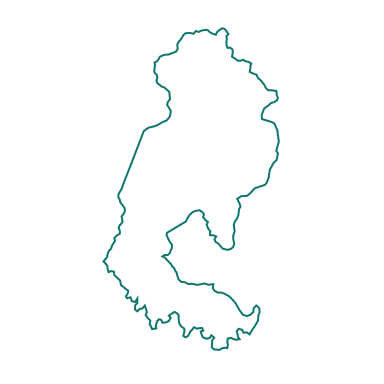 Cumari, Goiás, Brazil, rotated 264°
{"feature_id": "56859067B19159308765425", "entity_name": "Cumari", "entity_type": "district", "adm_level": 2, "iso_a3": "BRA", "parent_name": "Brazil", "parent_adm1": "Goiás", "projection": "mercator", "projection_center": [-48.176, -18.317], "detail": "fine", "context": "isolated", "style": "outline", "palette": "teal", "viewbox_px": 384, "rotation_deg": 264, "n_neighbors": 0, "source": "geoboundaries", "source_scale": "gbopen_adm2", "svg_char_len": 4046}
<svg xmlns="http://www.w3.org/2000/svg" viewBox="0 0 384 384"><g transform="rotate(264 192 192)"><path d="M98.1,203.6L98.0,198.7L99.7,195.0L99.4,191.3L99.0,188.0L99.8,185.3L100.7,182.4L100.8,178.8L103.1,175.3L103.8,171.8L106.4,169.5L110.8,168.6L113.4,168.3L115.5,167.1L118.1,166.3L120.4,164.4L122.6,163.5L124.9,161.7L126.8,160.2L129.6,158.1L131.0,155.9L132.2,158.1L131.8,161.2L133.9,163.8L136.0,164.6L137.9,165.9L141.4,166.6L145.2,164.5L148.8,163.2L151.8,162.2L154.0,162.8L163.3,182.8L166.9,185.1L169.9,187.7L171.8,190.4L172.8,193.2L173.1,197.7L170.8,200.2L168.6,201.6L165.9,200.4L162.5,202.5L160.6,204.7L158.0,203.2L154.1,204.2L151.2,206.0L147.2,205.4L146.6,209.0L145.2,211.4L142.7,209.4L140.0,210.2L138.5,212.2L136.3,213.9L132.4,216.7L130.7,221.5L131.5,225.1L132.9,227.0L135.9,228.6L141.2,228.1L144.1,228.4L148.4,230.3L154.9,230.1L158.2,231.6L161.0,234.1L164.5,235.8L170.0,237.0L172.4,238.7L175.6,238.1L180.3,236.2L182.7,240.4L182.4,246.4L185.0,250.2L187.4,252.7L189.2,255.0L191.5,265.4L193.6,267.4L198.5,269.8L206.0,271.7L212.6,276.3L215.0,279.5L221.3,281.5L224.2,280.1L230.8,282.7L233.0,283.6L244.5,283.3L251.5,281.1L253.1,278.9L257.2,269.3L261.5,269.4L267.5,272.5L270.4,277.6L272.3,280.0L272.7,282.7L274.1,285.9L276.4,287.3L279.8,286.4L283.6,286.5L284.8,282.1L285.2,278.3L288.2,276.1L291.1,275.0L294.7,272.8L296.7,271.4L298.1,269.7L301.9,268.4L304.0,264.2L305.5,261.9L308.2,262.9L311.5,263.3L313.6,264.4L315.5,261.9L316.5,258.6L318.2,256.8L317.4,253.7L318.0,251.0L320.2,248.8L322.4,245.9L325.9,247.0L329.4,247.3L331.6,245.0L331.6,242.4L333.8,241.8L337.6,241.8L340.5,242.7L343.2,242.4L345.2,244.7L348.5,243.0L350.7,241.6L351.7,239.3L350.1,236.0L348.3,233.5L345.9,232.2L347.2,229.1L349.0,226.5L351.4,224.5L351.9,222.2L351.6,218.6L350.5,215.4L351.7,212.8L349.2,210.0L350.3,206.9L350.6,202.2L348.7,199.5L346.6,198.3L344.3,196.2L342.6,194.3L340.0,192.7L336.0,192.8L333.2,190.7L332.2,186.8L331.1,182.8L331.4,180.4L331.0,177.5L329.9,174.3L327.7,172.7L325.6,171.0L324.7,168.3L321.9,168.6L319.4,167.8L316.7,167.1L314.4,167.4L312.0,169.2L309.1,169.5L306.5,168.2L303.6,169.1L301.9,171.1L300.2,172.6L298.8,175.5L293.9,179.9L286.6,179.8L283.6,177.1L281.4,176.4L278.9,177.5L275.3,179.3L271.2,178.6L268.6,177.3L265.7,174.0L264.7,170.3L262.3,164.9L261.4,162.1L260.9,158.9L260.6,155.8L259.4,153.3L257.6,150.4L224.6,133.6L210.9,126.4L202.4,122.3L197.7,118.8L194.7,118.1L192.4,119.3L189.3,119.6L183.1,123.3L180.2,123.3L178.0,122.2L175.1,119.4L172.4,119.7L169.4,119.8L167.8,118.3L166.4,116.5L163.9,115.3L161.3,116.1L158.1,115.9L156.4,112.4L154.2,109.9L151.3,110.3L149.4,108.6L146.7,106.7L144.1,105.6L142.2,103.2L139.2,101.7L135.8,100.5L133.8,98.4L132.2,96.7L130.4,98.2L127.6,100.0L123.8,100.1L121.0,100.6L121.8,102.7L121.0,106.0L117.5,106.1L115.3,108.0L113.2,109.8L111.4,111.3L106.8,111.6L105.2,113.5L102.7,115.8L100.4,118.3L97.7,117.4L95.2,115.4L93.1,116.3L93.7,119.9L89.7,120.8L88.6,124.0L91.7,126.5L87.3,126.0L85.2,123.6L81.0,123.1L79.0,125.3L81.3,127.8L81.2,130.4L84.0,133.2L79.9,134.1L77.3,134.6L74.4,133.0L71.0,135.0L68.6,137.1L64.8,136.1L62.3,137.3L59.8,138.0L60.1,142.2L62.4,141.9L65.0,142.9L67.3,143.9L68.9,145.8L67.9,148.1L65.1,149.0L65.0,152.0L66.1,155.5L69.1,157.6L71.3,156.0L73.0,158.9L74.6,162.1L72.5,164.9L70.2,165.9L67.9,165.5L65.3,165.5L62.3,165.7L59.1,167.5L57.0,170.0L54.2,170.0L49.9,168.3L48.1,170.3L49.3,173.0L51.2,174.4L53.3,175.6L55.4,178.1L57.3,179.9L55.5,182.7L55.9,185.4L55.6,187.9L52.9,188.7L52.4,186.1L49.5,186.6L46.3,187.7L44.5,191.2L45.1,194.6L47.5,196.2L44.9,198.9L42.5,196.6L38.8,196.1L35.8,195.4L33.3,197.0L32.6,200.3L32.1,202.9L33.3,205.2L33.8,207.9L33.1,210.7L36.7,211.8L39.4,211.4L42.5,212.2L42.9,215.3L41.2,218.3L40.4,220.7L40.7,223.9L42.9,222.7L45.8,222.4L48.8,221.9L51.1,224.1L49.7,227.5L46.6,228.5L46.7,231.7L44.4,234.5L46.8,236.0L52.1,240.5L57.2,244.2L62.5,245.2L65.4,246.7L69.6,246.7L72.4,244.1L70.2,241.4L66.0,240.2L63.8,237.2L62.9,233.9L64.4,230.0L69.3,227.0L77.1,223.6L82.5,219.7L84.7,217.7L87.8,213.1L89.0,210.8L89.2,207.1L91.7,203.9L94.0,202.7L98.1,203.6Z" fill="none" stroke="#0f766e" stroke-width="2"/></g></svg>